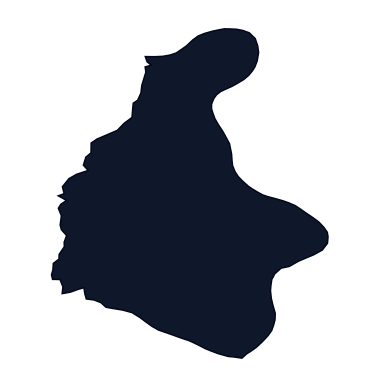 Vicente Dutra, Rio Grande do Sul, Brazil, rotated 92°
{"feature_id": "56859067B48112165270880", "entity_name": "Vicente Dutra", "entity_type": "district", "adm_level": 2, "iso_a3": "BRA", "parent_name": "Brazil", "parent_adm1": "Rio Grande do Sul", "projection": "natural_earth1", "projection_center": [-53.396, -27.166], "detail": "fine", "context": "isolated", "style": "filled", "palette": "ink", "viewbox_px": 384, "rotation_deg": 92, "n_neighbors": 0, "source": "geoboundaries", "source_scale": "gbopen_adm2", "svg_char_len": 1941}
<svg xmlns="http://www.w3.org/2000/svg" viewBox="0 0 384 384"><g transform="rotate(92 192 192)"><path d="M263.0,92.2L257.5,83.3L253.7,75.2L250.4,68.0L245.4,59.7L238.5,54.8L232.0,54.5L227.5,55.4L222.7,59.0L217.7,64.1L213.7,69.8L208.5,78.1L205.6,82.5L202.1,88.2L199.5,94.8L197.7,100.5L195.8,108.1L194.0,116.1L192.4,121.3L189.8,126.5L187.0,131.6L184.0,136.3L178.8,142.4L175.0,146.3L170.5,149.5L164.2,152.4L159.2,153.1L152.6,153.8L142.5,156.2L136.6,159.6L130.4,163.3L123.8,168.0L117.9,171.7L112.4,173.9L108.1,175.4L103.4,175.5L97.9,173.5L93.9,170.8L90.6,166.9L87.9,161.7L85.1,155.9L82.5,151.5L77.7,144.1L73.1,139.1L68.6,135.7L64.5,133.4L58.6,131.4L50.4,130.3L43.8,131.4L36.4,134.2L30.9,140.3L28.8,146.7L27.8,153.1L27.7,159.9L27.8,165.4L29.0,170.8L30.6,177.2L33.2,185.3L35.9,191.3L39.7,196.2L46.4,202.9L50.2,208.0L53.6,212.5L55.9,218.7L57.4,225.8L58.1,234.0L58.3,243.4L63.5,241.4L66.7,237.1L68.6,243.2L73.9,242.3L86.8,245.8L94.9,246.5L102.2,249.5L105.3,253.8L109.8,254.1L119.6,254.6L125.6,262.1L133.0,268.8L142.4,288.8L146.6,294.5L156.4,294.3L160.9,299.3L169.0,301.5L174.1,296.5L178.3,307.9L182.9,315.4L191.3,321.7L198.1,319.7L200.5,325.5L204.8,317.1L208.8,322.6L212.9,325.0L220.3,321.7L229.6,322.6L234.2,321.2L239.9,315.8L246.6,318.0L251.1,317.7L259.0,322.6L263.7,322.6L268.2,328.1L274.7,328.3L279.7,329.5L284.2,328.3L284.0,320.9L291.3,317.7L298.1,318.2L296.4,310.3L293.3,302.4L291.4,296.7L297.6,295.5L302.6,293.9L303.3,286.3L305.8,279.1L310.2,273.9L311.2,266.7L312.4,257.3L314.6,247.8L319.1,239.9L323.6,233.4L327.7,227.2L331.1,220.7L333.1,214.3L335.5,206.5L337.2,201.3L338.9,195.8L340.8,189.3L344.8,180.1L348.0,173.4L350.4,166.9L352.7,159.9L355.1,150.0L355.4,144.4L356.3,136.3L351.8,131.7L348.9,127.4L344.9,122.2L339.2,116.5L332.9,111.0L327.6,107.5L321.8,105.7L316.9,104.6L310.3,104.6L302.3,107.2L295.7,109.0L288.1,110.1L282.8,109.9L276.6,109.2L270.9,106.4L265.0,100.3L263.0,92.2Z" fill="#0f172a" stroke="#020617" stroke-width="1.5"/></g></svg>